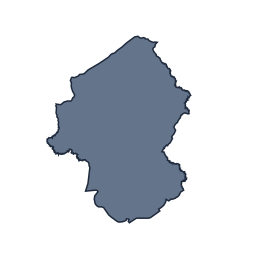 Waritchaphum, Sakon Nakhon, Thailand, rotated 113°
{"feature_id": "78962969B22667703415616", "entity_name": "Waritchaphum", "entity_type": "district", "adm_level": 2, "iso_a3": "THA", "parent_name": "Thailand", "parent_adm1": "Sakon Nakhon", "projection": "albers", "projection_center": [103.61, 17.26], "detail": "fine", "context": "isolated", "style": "filled", "palette": "slate", "viewbox_px": 256, "rotation_deg": 113, "n_neighbors": 0, "source": "geoboundaries", "source_scale": "gbopen_adm2", "svg_char_len": 5789}
<svg xmlns="http://www.w3.org/2000/svg" viewBox="0 0 256 256"><g transform="rotate(113 128 128)"><path d="M202.7,142.4L197.7,133.2L197.7,131.5L197.9,131.1L198.7,130.8L203.4,132.1L206.6,131.3L210.3,128.8L211.0,127.9L211.9,125.9L212.1,124.3L210.8,121.1L210.8,119.3L215.5,111.9L216.5,108.9L218.3,101.1L218.0,99.2L216.4,96.3L213.9,93.7L212.2,93.9L211.7,92.7L211.7,91.4L213.8,91.3L214.7,89.7L208.1,85.3L207.5,84.6L203.0,73.8L201.6,72.2L191.9,66.3L190.7,68.1L188.3,66.4L185.2,64.9L181.4,64.4L178.8,65.1L179.2,62.1L178.3,61.3L176.9,61.0L176.0,59.0L174.0,56.9L172.9,56.4L172.1,55.5L170.2,54.8L169.1,54.5L168.7,54.9L166.2,54.4L163.5,52.5L163.0,53.2L162.1,53.6L161.7,54.8L160.9,55.3L160.5,56.2L159.7,56.3L158.8,57.2L157.5,57.1L157.4,57.5L157.0,57.8L156.1,57.7L155.5,56.3L154.7,56.7L154.3,56.3L154.9,55.7L154.9,54.8L154.0,54.8L154.0,55.1L153.7,54.9L153.3,55.2L152.8,54.6L152.4,54.8L152.4,54.2L151.4,54.4L151.8,55.3L151.3,55.4L151.4,55.8L151.1,55.7L150.8,56.3L150.3,56.1L150.3,56.4L149.7,56.7L149.1,56.5L148.1,56.8L148.1,57.6L147.7,57.2L147.3,57.5L147.2,58.8L146.5,58.9L146.7,59.1L146.4,59.3L146.9,60.1L146.4,61.2L146.8,61.9L146.4,62.2L146.8,62.9L145.9,63.2L146.1,63.5L145.6,63.7L145.6,64.3L145.2,64.3L145.5,64.6L142.8,65.7L142.8,66.1L142.5,66.3L142.3,65.9L141.5,66.3L141.6,67.5L141.4,67.8L141.6,69.1L142.3,69.3L142.7,69.8L142.5,70.6L142.8,71.2L142.4,72.2L142.5,72.5L143.2,72.6L142.4,73.1L142.7,74.3L143.3,74.5L142.9,74.8L143.3,75.4L142.9,75.8L143.3,75.7L143.4,76.1L142.8,76.2L143.0,76.9L142.1,77.4L142.2,79.3L140.3,79.7L139.8,80.6L139.8,81.2L139.5,81.2L139.5,81.8L138.6,82.6L138.0,83.9L136.9,84.5L136.5,85.4L136.1,85.5L136.6,87.5L133.5,87.2L132.7,86.5L132.1,87.3L130.8,86.4L128.6,85.8L128.8,84.7L126.6,84.3L125.2,83.4L121.7,83.1L120.2,83.0L120.0,83.6L119.4,83.7L118.9,84.4L114.9,83.3L111.5,83.3L109.4,86.1L106.3,86.0L103.3,84.6L102.3,84.8L98.9,84.2L98.2,83.8L95.7,84.3L95.2,83.6L93.7,83.3L91.9,81.6L91.5,78.2L90.9,77.4L89.6,78.4L88.6,78.3L87.9,78.7L88.2,79.1L87.7,79.8L87.9,80.3L87.1,80.5L87.2,80.8L86.6,81.3L86.9,81.5L86.6,82.2L87.0,82.4L86.3,82.8L86.6,83.0L86.0,83.0L85.9,83.7L85.1,84.1L84.4,84.1L82.8,85.1L82.8,85.6L81.4,84.7L81.0,85.1L80.9,84.6L80.1,84.9L79.3,84.2L79.4,84.6L78.9,85.0L78.2,84.5L77.9,85.0L77.6,84.5L77.3,84.7L77.0,84.4L76.3,84.7L76.5,84.4L76.3,83.8L75.9,84.1L75.7,83.7L73.8,83.5L73.5,83.1L71.9,85.0L71.7,85.8L71.4,86.1L71.2,86.0L70.9,86.6L71.1,86.9L70.5,87.6L70.8,88.7L71.6,88.9L71.5,89.9L71.1,90.1L71.4,90.8L71.1,91.0L71.8,92.6L71.3,93.7L70.8,93.7L70.3,94.4L70.6,94.5L70.3,96.3L70.5,96.4L70.3,96.6L70.8,96.7L70.6,96.9L70.8,97.8L71.5,98.3L71.3,98.7L71.6,99.4L70.9,101.1L70.5,101.4L69.9,100.8L69.2,102.0L68.2,101.6L67.4,101.8L67.3,102.0L66.0,102.0L66.3,102.6L65.8,102.6L65.3,103.2L64.7,103.3L64.1,103.9L63.7,105.1L63.4,105.0L63.0,105.6L63.5,106.1L63.2,106.6L63.4,107.3L63.1,107.4L63.4,107.8L63.3,109.1L62.3,109.4L61.3,110.8L61.0,110.8L61.1,110.4L60.7,110.5L60.2,111.1L59.8,111.1L59.6,111.4L59.0,111.1L58.9,111.5L58.5,111.3L57.9,111.8L57.4,112.8L57.6,113.0L57.2,113.4L57.6,114.1L57.2,115.1L56.2,116.0L56.4,116.3L56.0,117.0L55.7,117.2L55.3,117.0L54.5,117.7L54.2,119.4L54.6,119.9L55.0,119.8L54.9,120.7L54.4,121.0L54.6,122.4L53.7,123.2L53.2,124.3L51.6,125.6L51.1,126.4L51.1,127.2L50.7,127.9L50.7,129.7L50.4,130.3L49.4,130.6L47.9,133.7L46.1,135.7L45.5,136.1L44.2,135.9L42.8,135.0L40.2,135.5L37.7,134.6L38.2,136.5L39.3,138.3L39.4,139.4L39.4,142.0L39.0,143.5L38.3,144.5L39.1,146.3L39.1,147.1L38.6,147.5L38.7,149.0L39.7,150.2L40.4,152.1L39.7,154.7L41.6,157.5L50.3,162.6L55.9,165.2L60.7,168.1L63.9,169.5L64.9,170.3L65.5,171.4L67.1,172.5L70.4,173.6L79.9,179.8L90.1,187.4L95.0,189.5L95.9,190.4L97.7,193.6L99.5,194.0L102.5,196.9L103.2,199.4L103.6,199.7L106.8,199.6L108.6,197.7L111.5,196.7L113.5,195.4L116.2,192.9L118.3,190.1L120.4,189.8L121.6,190.6L124.6,190.7L125.7,191.3L126.6,193.9L129.0,197.0L132.5,198.8L133.2,200.1L134.0,203.5L134.6,203.0L135.9,203.1L136.7,202.0L142.4,200.0L143.9,198.4L145.7,197.7L145.9,196.9L147.2,195.5L148.4,195.3L150.2,193.9L151.9,193.7L153.2,192.7L154.5,192.4L154.6,191.5L155.4,191.2L156.5,191.7L157.3,191.2L158.9,191.1L159.3,191.2L159.3,191.6L159.8,191.7L160.1,191.3L160.6,191.9L161.5,191.9L162.4,192.5L163.3,192.2L163.4,193.1L164.1,193.1L164.1,193.4L164.6,193.6L164.7,194.0L165.1,194.0L165.3,194.3L165.5,193.9L166.1,194.1L166.6,193.9L166.4,194.3L167.6,196.1L167.8,197.0L168.3,196.9L169.9,198.1L170.5,197.5L170.8,197.7L172.4,197.1L172.6,196.2L173.4,196.2L173.5,195.9L173.8,196.0L173.5,195.8L173.4,195.2L174.1,194.4L174.2,193.4L174.6,192.8L174.9,192.9L174.8,192.4L175.1,192.5L175.3,191.9L174.5,191.7L174.5,189.8L174.9,190.1L175.0,189.8L175.9,189.7L175.8,189.4L176.3,189.6L176.4,189.0L176.8,189.1L176.8,188.0L177.7,187.6L177.4,187.4L177.7,186.6L179.3,186.1L179.3,185.1L178.9,185.0L179.5,184.1L179.9,184.1L179.1,182.9L178.4,183.1L178.5,182.4L178.3,182.1L179.2,181.6L178.8,181.6L178.5,180.4L178.3,180.6L178.0,180.4L178.2,179.3L177.8,179.3L177.7,178.5L177.4,178.5L177.7,178.1L177.5,177.7L176.8,177.5L176.9,177.1L176.7,176.6L175.4,176.1L175.3,175.7L175.0,175.8L174.6,175.2L173.7,174.6L173.3,174.9L172.5,174.7L173.0,173.8L172.4,173.9L172.4,173.4L172.0,173.6L171.1,173.3L170.6,173.5L170.7,173.0L170.0,172.5L170.4,171.8L170.2,171.3L170.9,170.5L173.3,170.7L173.0,170.6L173.2,170.3L172.8,169.3L173.1,168.6L172.6,168.5L173.2,167.8L172.5,167.5L171.8,166.3L172.2,166.0L171.9,164.6L172.1,164.1L172.5,164.5L173.0,164.4L173.2,164.0L174.3,164.1L174.4,163.6L174.9,163.7L175.5,163.1L174.9,162.6L174.7,162.8L174.7,162.5L175.0,162.1L175.2,162.3L175.8,162.2L175.8,161.5L177.1,160.5L176.2,160.2L176.5,159.9L176.1,159.8L176.4,159.6L176.0,158.6L176.0,157.4L174.9,157.1L174.5,156.2L174.8,156.0L174.2,155.6L174.3,155.2L173.9,154.7L174.6,153.9L174.9,151.3L176.1,150.0L178.2,148.9L178.8,148.0L179.6,147.6L194.6,143.2L202.7,142.4Z" fill="#64748b" stroke="#1e293b" stroke-width="1.5"/></g></svg>